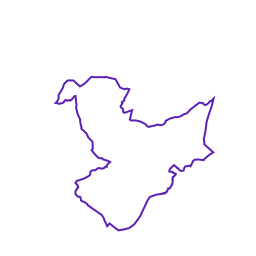 Shanga, Kebbi, Nigeria (orthographic projection), rotated 318°
{"feature_id": "59680162B85769693016783", "entity_name": "Shanga", "entity_type": "district", "adm_level": 2, "iso_a3": "NGA", "parent_name": "Nigeria", "parent_adm1": "Kebbi", "projection": "orthographic", "projection_center": [4.585, 11.206], "detail": "fine", "context": "isolated", "style": "outline", "palette": "violet", "viewbox_px": 256, "rotation_deg": 318, "n_neighbors": 0, "source": "geoboundaries", "source_scale": "gbopen_adm2", "svg_char_len": 5157}
<svg xmlns="http://www.w3.org/2000/svg" viewBox="0 0 256 256"><g transform="rotate(318 128 128)"><path d="M46.8,187.0L50.4,186.7L51.7,194.2L52.4,197.7L57.7,201.0L62.0,203.1L67.9,203.8L73.6,202.7L77.7,201.8L94.4,194.8L98.0,193.9L101.0,195.0L104.4,196.5L110.1,200.2L110.5,200.0L110.7,200.3L110.8,200.1L111.1,200.2L111.2,200.5L111.4,200.6L111.5,201.0L111.9,201.0L112.1,201.3L112.3,201.2L112.8,201.0L113.1,201.3L113.4,201.4L113.7,201.1L114.2,201.1L114.4,201.3L114.9,201.2L115.1,201.1L115.2,200.9L115.3,200.7L116.3,200.3L116.7,200.3L117.3,200.2L117.6,199.9L117.8,200.3L117.9,200.6L118.2,200.7L118.3,200.7L119.1,200.6L119.4,200.5L119.6,200.6L119.8,200.3L121.3,199.9L121.5,200.0L121.9,200.0L122.2,199.7L122.6,199.5L122.9,199.3L123.3,199.4L123.6,199.2L123.8,198.9L124.1,198.6L124.6,198.4L124.8,198.1L125.1,197.8L125.5,197.5L125.6,197.3L125.7,197.1L126.1,196.7L126.5,196.6L126.7,196.4L126.9,196.3L126.9,196.0L126.8,195.9L127.2,195.5L127.5,195.3L127.8,194.8L128.3,194.5L128.6,194.7L128.8,194.8L129.2,194.6L129.7,194.6L129.8,194.6L130.6,194.6L132.0,194.7L132.3,194.4L132.8,194.1L132.6,193.5L132.2,192.9L131.8,192.2L131.6,191.2L131.9,191.0L131.9,190.6L131.2,190.1L131.0,189.7L130.5,189.2L130.0,188.5L129.8,188.2L129.6,188.0L129.9,187.5L130.7,187.1L131.6,186.7L133.2,186.5L135.8,186.3L137.5,186.5L137.3,187.3L137.6,188.1L137.8,189.1L137.8,189.9L137.7,190.5L138.0,191.1L138.2,191.3L138.3,191.7L138.1,191.9L138.1,192.7L138.1,193.2L138.2,193.4L138.2,193.7L138.2,194.0L138.3,194.7L138.6,195.0L138.8,195.4L139.6,196.1L141.0,196.8L142.2,196.0L143.1,195.3L145.0,194.9L146.8,196.2L148.3,196.9L148.8,197.7L148.9,198.3L154.6,196.0L155.9,196.1L158.8,198.0L162.8,202.6L164.6,202.1L170.3,202.4L174.7,203.1L175.1,203.2L173.8,191.3L174.6,190.4L177.0,186.9L182.7,182.8L190.8,175.8L199.3,170.8L204.6,167.9L211.3,163.4L210.2,163.4L208.3,163.8L206.9,162.9L205.2,163.3L204.2,163.4L201.2,163.0L200.1,161.3L200.3,159.3L197.6,156.8L196.7,156.8L195.8,156.8L193.1,156.4L190.3,156.4L187.3,156.0L181.4,156.5L179.1,155.3L174.2,154.3L171.2,152.4L170.6,151.6L168.2,150.4L165.8,149.2L163.9,148.7L160.9,147.9L160.1,148.7L157.4,149.2L154.3,148.0L153.6,146.9L152.4,145.8L152.2,145.1L149.0,143.9L147.2,142.5L144.6,141.4L144.1,140.7L143.6,140.1L143.4,136.4L141.6,131.7L139.2,128.0L135.4,124.5L135.0,122.9L142.4,117.9L142.7,117.7L143.0,117.5L136.0,114.6L135.1,113.7L135.2,112.9L135.2,112.7L136.0,112.1L136.3,111.2L137.0,110.2L136.6,108.3L136.8,107.2L136.9,106.9L138.0,106.6L138.6,106.4L139.4,106.2L140.2,105.8L140.3,105.8L140.4,105.1L140.5,104.8L141.6,104.7L142.8,105.3L144.1,104.7L145.0,103.6L146.1,103.4L147.0,103.2L147.9,102.9L148.7,102.6L150.3,102.0L151.3,101.7L152.4,101.2L153.2,100.8L153.7,100.7L154.2,100.5L154.9,100.1L153.6,98.0L151.2,96.7L149.2,92.6L150.8,86.0L151.3,83.3L145.4,74.8L144.2,74.6L144.0,74.1L139.9,70.2L138.9,69.6L138.7,69.4L134.9,65.5L134.3,65.5L129.7,65.8L125.4,66.0L120.1,65.0L119.4,57.9L119.2,56.1L115.3,52.5L113.3,52.2L109.4,52.7L106.8,54.4L102.1,56.0L98.3,57.1L96.4,59.5L93.3,60.8L91.1,61.0L91.5,61.4L91.8,62.0L92.6,63.4L93.0,63.9L93.4,64.3L94.0,64.5L94.7,64.8L95.3,65.2L95.8,65.6L96.2,65.6L96.6,65.8L97.1,65.7L97.6,65.9L98.0,65.7L98.5,65.4L99.0,65.4L99.3,65.5L99.6,65.4L100.0,65.3L100.7,65.7L100.9,66.2L100.9,66.5L101.1,67.0L101.5,67.4L101.8,67.7L102.0,67.8L102.6,67.8L102.8,68.0L103.4,68.3L103.6,68.7L103.8,69.1L106.2,69.1L107.9,68.7L109.2,68.5L110.4,69.1L104.8,76.8L102.8,78.4L101.5,81.0L100.3,83.1L99.3,85.8L98.3,89.3L96.3,91.9L94.8,94.6L93.6,96.7L93.5,96.8L93.0,97.2L92.8,97.4L92.9,98.3L93.2,100.0L93.4,103.1L93.5,104.3L92.2,108.4L92.2,109.5L92.2,110.8L92.5,113.9L92.0,114.9L92.0,115.0L91.2,115.9L88.0,119.8L86.1,120.2L85.8,125.4L86.0,129.4L86.4,131.2L88.4,132.9L88.5,134.7L91.3,139.3L91.9,141.3L90.9,141.2L90.1,141.2L89.2,141.3L88.5,141.4L87.5,141.5L86.8,142.0L86.3,142.6L85.4,141.7L84.7,141.5L83.9,141.8L83.2,141.7L82.6,141.3L82.1,141.2L81.6,140.9L81.1,140.5L80.9,140.0L80.6,139.5L80.0,138.9L79.0,137.9L78.1,137.7L77.0,137.6L75.5,137.4L74.7,137.1L74.4,136.7L73.9,136.1L73.5,135.7L72.9,135.5L72.1,135.3L71.5,135.3L70.9,135.3L70.6,135.5L70.3,135.9L69.9,136.2L69.5,136.6L69.2,136.9L68.8,137.2L68.4,137.4L67.6,137.4L66.0,137.3L64.6,136.9L63.6,136.6L63.0,136.6L62.5,136.4L61.9,136.2L61.0,135.9L60.5,135.7L59.7,135.3L58.7,134.9L57.9,134.6L57.2,134.4L56.8,134.2L56.3,133.9L55.9,133.6L55.4,133.3L54.7,133.2L54.0,133.2L53.6,133.3L53.0,133.3L52.6,133.4L52.2,133.6L52.3,135.5L52.2,136.1L52.0,136.7L52.2,137.2L52.0,137.6L51.8,138.0L51.6,138.4L51.4,138.6L51.2,138.8L51.1,139.0L50.5,139.0L50.1,138.7L49.5,139.0L49.3,139.3L48.8,139.4L48.3,139.4L47.9,139.4L47.6,139.6L47.0,139.7L46.6,139.8L46.2,140.3L45.8,140.7L45.5,141.0L45.1,141.5L44.8,142.0L44.8,142.6L44.8,143.1L44.8,143.7L44.9,144.5L44.9,145.3L45.2,146.2L46.1,146.8L46.3,147.7L45.5,149.1L44.8,150.1L44.7,151.2L44.9,151.8L45.3,152.3L45.8,153.3L46.0,154.0L46.3,154.6L46.3,154.9L46.3,155.3L46.4,155.7L46.5,156.1L46.6,156.5L46.8,156.9L46.7,157.7L46.4,158.2L46.6,158.6L46.5,159.0L46.7,159.6L46.8,159.9L46.8,160.7L47.0,161.1L47.3,161.5L47.4,161.9L47.2,162.3L47.6,163.6L47.8,164.9L48.7,168.1L49.6,172.4L50.3,174.9L49.7,178.5L49.5,179.1L48.1,182.5L48.0,183.7L47.4,185.4L46.8,187.0Z" fill="none" stroke="#5b21b6" stroke-width="2"/></g></svg>